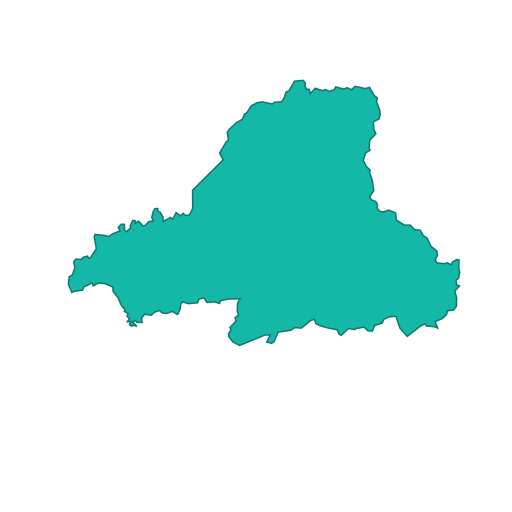 the district of Jayuya, Puerto Rico, rotated 245°
{"feature_id": "32010507B17453471751527", "entity_name": "Jayuya", "entity_type": "district", "adm_level": 2, "iso_a3": "PRI", "parent_name": "Puerto Rico", "parent_adm1": "", "projection": "mercator", "projection_center": [-66.589, 18.225], "detail": "fine", "context": "isolated", "style": "filled", "palette": "teal", "viewbox_px": 512, "rotation_deg": 245, "n_neighbors": 0, "source": "geoboundaries", "source_scale": "gbopen_adm2", "svg_char_len": 3156}
<svg xmlns="http://www.w3.org/2000/svg" viewBox="0 0 512 512"><g transform="rotate(245 256 256)"><path d="M316.2,78.0L309.6,74.0L300.7,73.7L300.9,76.1L298.4,84.3L300.7,86.7L300.8,96.4L297.8,95.7L298.1,102.0L294.8,107.5L288.3,113.1L284.5,111.6L280.3,112.3L276.6,113.4L268.6,113.1L262.9,114.5L261.6,113.3L257.9,115.7L255.7,113.6L252.9,115.0L250.8,111.5L249.5,114.9L247.3,112.3L245.1,113.4L244.9,116.1L242.5,118.2L248.3,116.4L248.7,119.2L246.2,120.2L243.9,124.7L248.2,126.0L250.2,130.4L246.6,136.1L247.9,139.5L247.6,145.2L244.0,147.1L241.8,150.3L241.1,156.7L236.3,159.9L236.6,160.9L240.2,165.0L244.5,167.6L245.4,170.3L241.5,174.3L238.3,183.2L241.1,186.1L240.0,191.1L234.5,192.0L232.2,198.7L228.4,202.9L230.6,204.8L228.7,212.7L223.9,223.5L221.1,219.4L214.0,215.7L210.0,215.3L208.9,210.9L205.4,210.4L202.3,202.1L199.7,202.3L197.2,198.3L194.2,197.2L187.9,198.8L181.9,203.2L180.6,230.8L178.4,235.5L173.3,229.3L171.4,232.2L170.3,232.9L170.7,236.2L177.6,243.9L174.0,256.1L174.7,260.8L171.5,266.7L174.4,278.2L174.0,282.1L169.7,281.7L166.3,284.1L161.0,290.0L154.9,298.3L149.9,298.3L148.1,299.7L151.2,309.2L147.5,314.6L148.0,316.1L145.8,323.9L140.8,325.9L138.8,329.8L142.9,334.0L141.9,342.0L144.6,345.2L144.7,350.4L142.3,357.3L129.7,356.0L119.2,359.1L121.0,366.9L123.0,375.2L123.2,380.4L120.4,381.1L116.6,387.6L113.9,390.3L120.8,390.5L120.6,398.5L122.4,403.9L125.4,406.4L123.6,412.1L125.6,416.3L133.1,420.1L140.2,421.4L142.9,427.8L145.1,425.6L149.7,427.2L150.0,430.0L155.2,433.7L159.7,434.7L166.4,438.3L167.9,436.8L167.6,431.5L165.5,429.5L169.2,426.1L169.4,423.6L173.4,416.9L177.1,417.0L179.9,420.8L184.1,422.0L190.9,418.7L199.8,418.6L204.0,416.1L210.0,415.8L212.8,410.9L218.9,408.8L221.2,403.6L229.3,398.4L236.1,400.7L241.5,395.6L242.2,389.5L244.9,386.7L248.2,386.0L251.3,387.9L254.8,387.5L258.1,384.4L258.5,384.1L261.7,384.1L265.4,390.3L274.9,393.2L284.1,394.3L285.3,395.8L290.6,393.8L297.3,393.6L303.1,398.9L303.7,404.1L306.7,404.3L313.0,408.2L316.1,416.3L321.1,416.4L328.1,419.1L328.2,425.5L331.8,428.4L336.5,429.8L344.8,430.5L348.1,432.8L351.5,430.9L360.8,430.2L361.7,425.6L367.9,417.6L366.3,412.9L370.0,409.7L370.2,406.0L375.6,399.7L373.7,397.4L374.2,392.0L377.6,389.1L377.8,386.0L383.0,380.6L380.2,373.9L384.5,374.6L386.0,372.3L389.6,372.1L391.7,373.9L395.3,372.9L398.1,364.8L391.8,355.6L391.8,352.5L386.7,347.7L385.0,344.2L387.4,338.0L386.9,334.9L393.1,326.7L394.4,321.8L394.2,315.4L389.6,308.0L389.4,305.4L385.6,301.5L385.2,295.0L382.0,284.8L380.0,282.2L372.6,279.9L372.0,277.2L364.7,266.5L357.0,266.9L348.4,242.9L342.4,226.3L326.0,218.8L321.2,213.0L322.6,209.1L325.4,208.0L324.1,204.8L329.1,201.9L324.6,196.1L327.0,194.9L326.5,186.5L330.8,188.2L336.1,187.7L338.1,185.8L340.6,186.9L341.6,184.4L340.1,182.0L335.0,177.8L331.2,177.9L332.5,173.3L330.5,168.8L331.0,166.3L337.2,164.3L336.7,160.2L339.2,161.4L340.3,159.4L336.7,154.9L334.2,154.2L332.8,148.6L335.1,147.8L340.3,150.1L341.7,147.6L340.3,143.3L336.2,143.4L336.7,134.9L335.8,131.1L339.4,126.3L343.6,119.1L342.0,117.6L330.0,114.3L324.7,105.8L324.3,103.6L327.1,103.2L327.9,98.7L326.5,96.5L329.3,91.4L327.7,88.2L322.2,87.1L316.4,81.6L316.2,78.0Z" fill="#14b8a6" stroke="#0f766e" stroke-width="1.5"/></g></svg>